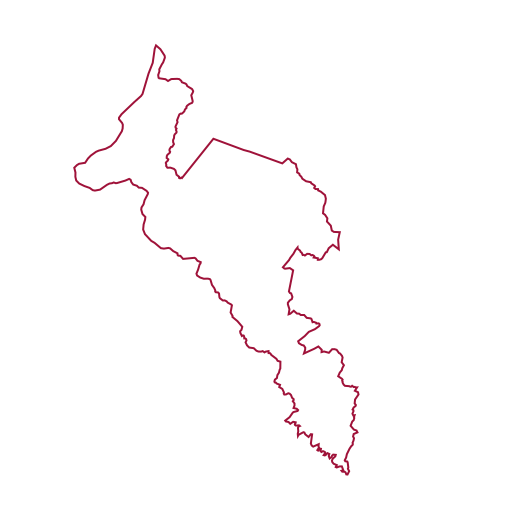 Tetu, Central, Kenya (Equal Earth projection), rotated 47°
{"feature_id": "3690345B96542987367119", "entity_name": "Tetu", "entity_type": "district", "adm_level": 2, "iso_a3": "KEN", "parent_name": "Kenya", "parent_adm1": "Central", "projection": "equal_earth", "projection_center": [36.862, -0.453], "detail": "fine", "context": "isolated", "style": "outline", "palette": "rose", "viewbox_px": 512, "rotation_deg": 47, "n_neighbors": 0, "source": "geoboundaries", "source_scale": "gbopen_adm2", "svg_char_len": 6101}
<svg xmlns="http://www.w3.org/2000/svg" viewBox="0 0 512 512"><g transform="rotate(47 256 256)"><path d="M33.8,185.5L35.4,188.8L44.3,199.8L49.3,210.2L60.1,228.5L60.6,231.0L60.4,239.7L60.6,257.6L61.4,261.8L62.5,262.9L67.4,263.2L69.2,263.9L71.8,266.6L73.3,269.1L73.7,270.7L76.3,280.0L76.6,287.2L75.0,292.9L71.7,299.1L70.7,301.9L69.9,308.3L70.1,312.4L71.3,317.4L67.9,322.5L67.4,324.9L67.5,328.7L71.8,331.1L74.9,334.1L78.2,336.0L82.4,335.9L87.8,333.8L92.8,331.2L96.5,330.5L98.3,329.2L101.1,324.8L102.3,316.4L103.1,313.7L104.6,311.6L105.2,309.9L107.1,308.9L107.8,308.0L111.7,300.2L113.1,296.2L114.7,295.7L117.0,296.8L120.0,297.1L123.4,295.2L126.0,295.1L128.4,292.9L133.7,291.6L136.1,291.8L136.9,292.9L139.2,299.4L141.5,303.0L142.4,306.6L143.8,308.3L147.9,310.4L152.0,310.3L153.8,312.4L156.3,316.7L159.7,320.5L164.3,322.3L173.5,322.3L177.2,321.2L185.4,320.2L187.8,318.3L190.4,314.5L191.9,313.6L196.0,313.2L200.5,311.6L201.7,312.6L202.7,312.6L204.3,311.2L208.4,311.3L215.4,302.2L216.6,301.8L219.6,302.1L222.8,300.6L223.6,301.7L223.8,303.1L226.5,307.7L228.3,311.6L230.1,312.4L233.7,311.5L237.0,309.7L239.8,306.6L241.4,305.5L242.5,305.6L247.1,307.9L251.0,308.4L253.5,309.3L254.2,310.1L255.1,310.1L256.8,308.6L258.2,308.6L261.1,310.8L262.2,311.2L265.9,310.6L267.1,309.2L269.1,308.4L270.8,308.5L274.6,307.2L275.6,307.2L280.0,313.1L283.8,314.0L284.5,314.8L291.0,314.0L298.4,314.3L300.1,317.0L300.2,318.9L301.6,319.9L304.9,320.9L305.1,319.8L305.7,319.3L306.5,319.4L308.3,320.8L308.9,320.1L310.0,319.9L311.3,320.6L312.0,322.5L315.2,323.5L318.3,323.4L321.9,320.5L325.6,320.3L327.5,319.4L329.4,317.5L330.1,316.0L332.3,315.5L332.5,314.2L334.1,311.7L335.6,313.0L336.5,312.1L337.6,312.0L338.7,312.3L345.1,311.2L347.4,311.7L349.9,310.2L354.9,315.0L355.3,316.2L357.0,318.8L357.7,321.6L359.5,323.9L359.3,326.5L360.3,328.1L361.2,328.5L362.2,327.8L363.3,327.9L366.6,326.3L367.7,328.4L371.1,327.4L374.8,328.6L375.6,329.6L376.6,329.8L377.7,328.5L378.4,326.0L379.6,325.3L381.5,325.2L384.3,326.3L386.4,326.1L387.2,327.0L387.3,328.1L390.1,328.4L391.6,329.8L392.8,332.2L395.5,330.4L397.4,330.3L397.7,331.3L395.8,334.8L395.6,335.8L396.8,341.4L396.3,346.9L397.4,347.0L399.6,345.4L402.1,345.4L402.6,341.9L404.7,340.4L405.2,341.1L405.4,342.3L406.2,342.7L407.2,342.5L409.2,340.0L410.2,339.9L409.7,341.2L410.3,342.5L413.0,344.6L414.5,346.7L416.2,348.0L415.8,346.8L417.2,341.5L418.1,341.0L420.0,341.6L424.2,341.0L423.7,337.4L424.7,336.6L430.6,343.8L432.6,344.5L434.4,344.2L436.4,338.5L437.9,340.2L439.0,340.5L439.8,343.5L440.7,343.3L440.5,340.6L441.3,340.0L442.7,341.9L444.0,341.8L444.4,340.1L446.2,339.3L447.2,339.6L447.8,342.3L448.8,341.7L449.1,340.3L448.9,338.2L450.8,337.4L451.9,339.2L454.3,340.2L454.5,337.8L453.9,336.5L453.9,335.0L455.8,333.3L456.6,334.6L456.6,338.2L457.5,340.1L458.9,340.8L460.9,340.9L464.0,339.5L464.7,341.6L465.7,341.2L466.9,338.4L468.4,336.7L472.3,338.3L471.4,339.9L472.6,340.0L474.2,338.3L475.4,338.1L477.3,338.9L478.2,338.1L476.9,334.6L474.3,333.9L473.6,332.7L469.6,329.8L468.6,329.4L467.0,330.7L465.9,330.4L464.9,327.6L462.9,324.7L460.7,318.9L460.0,315.9L460.1,314.5L459.6,313.4L458.5,312.8L457.5,310.6L456.1,308.6L454.2,308.1L452.8,305.9L454.2,302.1L452.2,301.5L449.7,302.8L444.7,302.6L442.7,298.5L442.7,296.6L441.5,294.6L440.7,294.3L439.7,292.5L439.0,293.6L437.1,293.0L435.9,290.4L435.1,289.9L434.2,290.1L433.4,287.9L433.6,285.5L433.1,284.6L431.1,284.4L428.5,281.4L427.2,275.5L425.2,274.3L422.0,275.6L421.0,271.7L420.0,272.8L419.1,273.0L418.5,273.9L416.5,274.2L416.5,275.4L415.8,276.2L414.8,276.6L411.6,279.5L409.8,279.6L407.6,279.0L406.8,278.2L406.0,278.1L405.5,277.0L404.4,276.9L400.0,277.9L398.4,274.2L398.0,271.1L396.9,269.4L395.8,266.2L392.1,265.8L389.3,261.9L387.6,261.2L384.7,261.0L383.6,261.5L379.6,261.0L377.7,262.1L376.1,263.9L376.5,268.7L372.2,271.4L371.0,273.6L369.4,271.9L364.7,272.1L363.6,276.6L360.0,287.4L358.0,283.9L356.6,282.5L354.0,282.1L352.3,283.2L349.1,284.1L347.1,283.3L347.8,275.0L347.5,269.1L349.7,262.8L350.3,257.9L350.1,256.7L349.1,256.0L348.0,256.1L346.6,257.9L345.9,257.5L343.6,258.7L343.0,259.8L339.9,258.4L339.0,258.5L335.8,261.1L332.0,261.0L329.7,263.5L327.6,263.8L326.0,265.3L321.8,265.7L321.6,270.3L320.9,271.9L317.8,267.9L313.0,265.6L311.9,264.5L311.5,261.6L311.9,259.2L310.8,257.3L307.3,255.8L306.2,256.4L304.4,256.1L291.8,238.6L287.9,239.5L285.2,243.3L284.5,243.8L282.6,244.0L281.5,234.6L280.7,232.1L279.9,227.1L278.6,223.2L278.1,219.8L279.1,220.6L282.1,220.1L283.5,220.6L284.7,220.3L287.1,221.2L287.7,220.3L289.0,219.9L289.3,217.1L291.1,215.4L293.2,215.1L293.8,214.0L295.3,213.5L296.2,213.6L296.5,214.8L299.8,212.3L300.9,213.4L301.9,212.3L302.8,210.5L302.8,209.0L300.9,202.5L301.5,201.6L299.9,197.5L300.2,192.1L307.6,190.9L300.1,184.8L295.7,178.5L291.5,182.6L289.1,183.2L284.8,180.6L279.2,180.6L277.1,178.1L273.0,177.4L270.5,177.9L265.9,172.6L264.4,169.1L263.4,167.8L261.7,165.8L258.5,164.0L253.2,164.7L250.4,165.8L249.4,165.0L247.6,166.8L245.9,167.0L245.3,165.2L244.3,165.1L240.5,166.0L239.4,165.6L235.5,168.4L231.1,169.4L229.0,168.8L226.5,168.9L225.3,168.2L222.9,168.9L220.8,166.6L218.8,166.0L216.1,164.2L211.8,165.8L208.5,165.4L206.4,166.3L206.2,173.6L175.4,189.4L170.1,192.7L141.2,207.2L148.5,257.0L147.7,257.1L147.4,258.6L146.4,259.0L145.5,258.2L142.4,258.7L138.4,256.5L136.3,256.6L133.1,258.3L131.0,260.6L128.8,260.3L128.3,259.5L126.4,258.5L126.1,257.5L126.1,255.4L125.5,254.2L123.4,254.5L122.1,253.1L121.6,251.8L121.7,248.6L121.2,247.7L120.0,247.5L119.0,246.5L118.6,245.1L118.3,243.8L119.0,242.7L118.2,239.7L116.3,239.0L114.7,237.6L113.8,235.5L112.1,233.7L111.6,232.5L111.5,230.0L110.8,229.2L109.2,228.6L108.6,227.2L107.3,227.3L106.4,226.6L104.6,222.1L102.9,221.2L100.2,215.5L100.4,214.1L101.3,213.2L101.4,211.0L101.2,209.5L100.4,208.1L100.3,205.8L99.5,205.3L99.1,203.9L99.4,201.0L100.4,198.3L100.1,197.4L99.6,196.7L94.3,193.7L93.3,190.7L92.6,189.5L90.4,188.9L84.9,190.4L83.0,189.8L81.8,190.0L78.4,191.7L76.9,191.2L74.3,191.5L72.7,192.8L68.8,197.3L68.0,201.0L65.0,201.6L60.0,205.6L59.2,205.7L56.9,204.1L55.1,200.7L53.5,199.4L51.6,194.1L51.1,191.9L48.8,187.4L47.9,186.7L47.1,186.2L39.5,184.9L33.8,185.5Z" fill="none" stroke="#9f1239" stroke-width="2"/></g></svg>